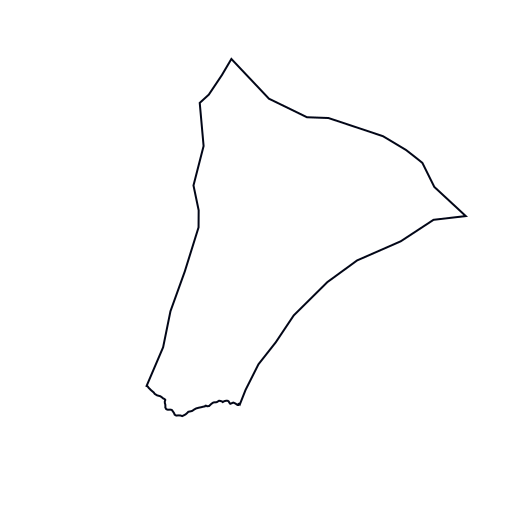 the district of Hurghada 1, Al Bahr al Ahmar, Egypt, rotated 128°
{"feature_id": "37247803B61358518780197", "entity_name": "Hurghada 1", "entity_type": "district", "adm_level": 2, "iso_a3": "EGY", "parent_name": "Egypt", "parent_adm1": "Al Bahr al Ahmar", "projection": "albers", "projection_center": [33.55, 27.127], "detail": "fine", "context": "isolated", "style": "outline", "palette": "ink", "viewbox_px": 512, "rotation_deg": 128, "n_neighbors": 0, "source": "geoboundaries", "source_scale": "gbopen_adm2", "svg_char_len": 1704}
<svg xmlns="http://www.w3.org/2000/svg" viewBox="0 0 512 512"><g transform="rotate(128 256 256)"><path d="M382.8,177.4L367.9,181.8L339.8,187.4L311.8,187.3L279.6,189.7L232.6,183.7L197.2,173.6L155.3,151.0L118.2,138.4L95.4,115.3L95.0,119.9L91.8,158.0L80.2,182.2L80.1,187.9L80.1,188.4L80.1,188.8L80.1,203.0L83.4,229.6L94.0,259.5L102.7,283.9L115.3,301.3L123.7,340.9L124.1,342.6L123.7,345.1L115.9,396.7L133.4,394.4L133.9,394.3L157.2,392.6L157.7,392.5L170.0,394.6L201.6,365.0L238.9,348.7L255.3,329.3L268.8,318.9L312.0,302.6L352.2,289.4L385.1,273.0L425.8,262.2L425.5,261.0L426.0,259.3L426.2,257.2L426.3,257.0L426.4,255.2L426.5,252.5L427.0,251.0L426.7,248.1L426.3,247.2L425.4,245.0L425.3,243.0L425.4,241.5L425.1,240.4L425.1,239.1L425.4,238.8L426.8,238.3L428.0,237.3L428.9,236.0L430.3,234.8L431.1,234.3L431.9,232.7L431.7,231.3L430.9,230.2L429.6,228.6L429.2,227.6L429.2,227.2L429.4,226.7L429.5,226.3L429.7,225.5L430.0,224.7L430.4,223.5L430.9,222.8L431.1,222.5L431.0,221.2L430.7,220.4L429.6,219.3L428.2,217.4L427.6,215.6L425.8,214.7L424.2,214.0L422.3,213.6L420.4,213.4L419.6,212.7L419.2,212.4L418.7,211.9L417.3,210.9L414.7,210.1L414.1,209.8L412.9,209.3L411.5,208.2L410.9,207.8L408.8,206.0L407.2,204.8L406.0,203.7L405.2,203.7L404.8,203.4L404.6,202.7L404.5,202.0L403.1,200.6L400.3,200.2L398.8,199.8L398.4,199.7L397.8,199.4L397.0,198.8L396.2,197.8L396.0,197.6L395.6,197.2L395.2,196.9L392.8,196.0L392.1,194.7L391.5,193.1L391.6,192.3L389.9,191.6L388.3,190.3L387.5,189.1L387.4,188.0L387.7,187.4L388.0,186.7L388.3,185.3L387.0,184.5L385.7,183.8L385.4,183.5L385.2,182.5L384.9,181.3L384.9,180.4L384.8,178.9L384.3,178.2L383.3,178.7L382.5,178.2L382.7,177.8L382.8,177.4Z" fill="none" stroke="#020617" stroke-width="2"/></g></svg>